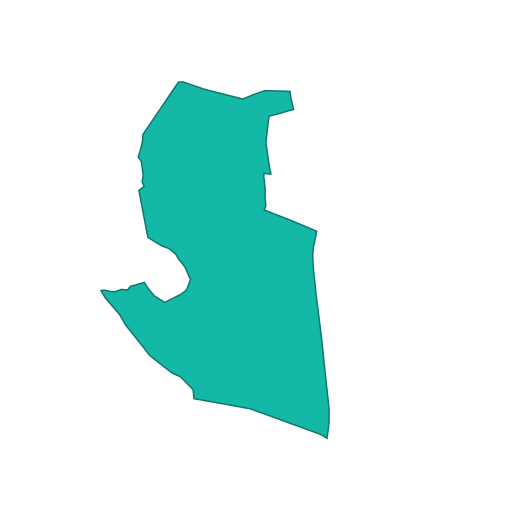 Kesm Awal Assuit, Asyut, Egypt (orthographic projection), rotated 38°
{"feature_id": "37247803B33059704038679", "entity_name": "Kesm Awal Assuit", "entity_type": "district", "adm_level": 2, "iso_a3": "EGY", "parent_name": "Egypt", "parent_adm1": "Asyut", "projection": "orthographic", "projection_center": [31.152, 27.186], "detail": "fine", "context": "isolated", "style": "filled", "palette": "teal", "viewbox_px": 512, "rotation_deg": 38, "n_neighbors": 0, "source": "geoboundaries", "source_scale": "gbopen_adm2", "svg_char_len": 1821}
<svg xmlns="http://www.w3.org/2000/svg" viewBox="0 0 512 512"><g transform="rotate(38 256 256)"><path d="M155.2,378.7L162.7,381.7L184.8,386.2L195.8,390.7L224.5,397.5L233.3,399.8L246.6,399.9L256.4,399.9L262.1,399.9L265.2,399.1L270.9,397.7L288.6,400.0L295.0,406.6L314.8,396.1L345.4,380.0L383.6,367.6L415.3,357.3L417.7,356.6L424.2,355.9L416.4,342.7L408.1,332.0L402.5,326.1L390.0,313.3L367.5,290.0L357.5,279.6L342.6,264.8L327.3,249.6L309.3,230.9L302.2,222.9L299.0,218.8L295.6,213.3L291.3,204.4L288.6,199.1L269.7,204.2L260.4,206.8L234.2,214.7L233.2,211.3L232.9,210.7L232.7,210.2L231.9,209.4L228.4,205.6L227.5,204.6L227.2,204.3L223.5,199.6L222.2,197.8L220.8,196.3L218.5,194.0L215.8,191.1L212.8,188.2L211.5,185.8L211.7,185.7L216.0,183.3L217.2,182.4L217.0,182.1L216.8,181.8L215.9,180.8L215.4,180.6L214.9,180.4L212.5,178.2L205.1,171.2L199.5,165.8L195.4,161.9L194.0,160.5L191.8,157.1L190.7,155.3L188.8,152.2L188.0,150.8L184.1,144.4L181.6,140.1L180.9,138.9L180.7,138.4L180.3,137.9L180.4,137.5L180.6,137.1L181.9,135.5L182.9,134.2L184.3,132.5L185.8,130.6L189.9,124.8L191.6,122.5L194.1,119.0L195.3,117.4L195.0,117.1L194.8,116.9L194.7,116.8L189.3,112.5L187.1,110.7L185.6,109.4L181.4,105.4L161.3,120.1L154.0,131.4L149.0,140.4L112.0,156.7L91.3,163.7L87.8,166.8L92.1,229.8L95.9,235.5L98.7,241.2L100.4,245.6L102.1,250.5L107.5,252.2L112.0,256.5L115.5,259.9L117.6,262.0L118.7,264.2L120.7,267.8L125.1,270.1L124.5,272.1L123.3,276.4L159.3,307.9L169.3,306.8L175.8,306.0L182.5,303.8L191.3,303.9L197.9,306.3L200.2,306.8L206.8,308.4L211.1,310.7L219.0,315.0L220.3,319.5L222.1,325.2L221.0,330.5L220.1,333.0L217.1,339.4L212.6,348.8L205.3,349.5L200.2,350.0L191.3,348.1L184.3,345.6L180.4,350.9L179.3,352.4L175.6,357.4L175.7,361.9L170.5,365.2L167.0,370.8L163.6,373.3L157.4,376.3L155.2,378.7Z" fill="#14b8a6" stroke="#0f766e" stroke-width="1.5"/></g></svg>